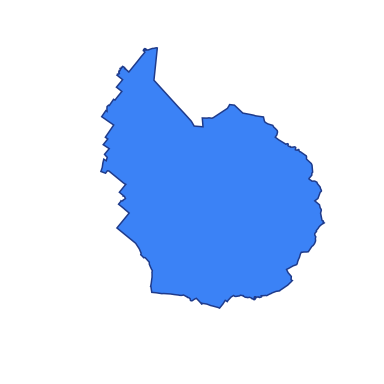 Demenes pag., Daugavpils, Latvia, rotated 219°
{"feature_id": "27541924B73785369996962", "entity_name": "Demenes pag.", "entity_type": "district", "adm_level": 2, "iso_a3": "LVA", "parent_name": "Latvia", "parent_adm1": "Daugavpils", "projection": "orthographic", "projection_center": [26.568, 55.742], "detail": "fine", "context": "isolated", "style": "filled", "palette": "blue", "viewbox_px": 384, "rotation_deg": 219, "n_neighbors": 0, "source": "geoboundaries", "source_scale": "gbopen_adm2", "svg_char_len": 5617}
<svg xmlns="http://www.w3.org/2000/svg" viewBox="0 0 384 384"><g transform="rotate(219 192 192)"><path d="M76.2,147.3L76.2,147.5L76.3,147.8L76.2,148.0L76.1,147.9L76.0,147.7L75.6,147.8L75.5,148.1L75.8,148.4L75.8,148.6L75.8,148.8L75.6,149.0L75.6,149.4L75.6,149.6L75.8,149.8L76.0,149.9L76.3,149.7L76.6,149.2L76.9,149.1L77.3,149.3L77.4,149.6L77.4,149.9L77.1,150.1L77.0,150.4L76.8,150.5L76.7,150.4L76.5,150.2L76.3,150.2L75.9,150.1L75.8,150.5L75.7,150.6L75.6,151.0L75.4,151.4L75.3,151.5L75.0,151.6L74.5,151.8L74.4,151.9L74.3,152.1L74.3,152.3L73.9,152.5L73.7,152.4L73.3,152.4L73.1,152.5L72.9,152.7L72.8,153.1L72.3,153.6L72.1,154.0L72.0,154.5L72.9,155.0L70.7,156.9L70.0,157.7L68.7,158.5L67.7,160.9L66.5,163.2L66.3,163.9L64.1,167.7L61.8,170.2L61.9,170.3L59.0,179.9L58.7,182.5L58.4,185.0L58.4,185.9L58.3,186.3L59.8,186.2L61.7,188.9L66.1,189.7L66.6,189.8L69.8,191.3L68.8,193.5L67.5,196.8L67.0,197.9L67.0,198.2L66.0,199.7L65.0,201.4L65.0,201.7L65.4,203.1L66.0,204.2L66.9,206.8L66.9,207.0L67.4,208.9L67.8,209.8L68.8,212.2L69.1,214.0L68.4,214.5L67.6,215.5L65.3,217.4L64.0,218.8L64.1,219.9L64.2,220.8L64.6,225.1L64.2,226.7L64.3,228.9L64.9,231.0L65.3,231.9L67.0,233.7L67.4,234.7L67.6,235.1L68.8,235.5L69.6,235.9L70.5,237.1L70.4,239.7L71.1,240.2L71.1,242.2L71.1,243.2L71.3,244.6L71.2,246.6L70.8,248.4L70.4,249.7L70.1,250.2L69.8,251.2L70.4,251.2L70.5,250.7L70.8,250.8L70.7,251.4L71.9,252.1L72.6,251.7L73.4,252.0L78.8,256.5L79.6,258.3L80.1,259.3L80.9,259.9L82.3,260.3L82.6,260.5L84.9,262.3L87.2,262.3L91.0,262.4L90.1,266.0L90.1,266.5L90.3,266.9L92.2,272.5L92.0,273.6L92.0,273.9L92.0,274.1L92.4,274.6L92.5,274.7L94.4,275.6L95.5,276.5L99.7,277.4L101.1,278.2L103.2,277.8L103.5,277.7L103.8,277.5L105.4,276.1L105.5,276.0L109.1,275.7L109.4,275.8L109.6,276.2L109.5,278.4L109.5,280.5L110.7,282.0L110.7,283.3L115.6,288.4L117.2,289.2L123.6,289.6L123.8,289.7L124.0,289.9L125.1,291.4L125.9,292.0L133.0,291.5L133.6,291.1L133.8,291.1L134.6,291.4L135.1,291.6L135.6,292.2L135.8,292.2L136.3,291.7L136.3,291.4L136.2,291.1L136.3,291.0L136.5,290.7L136.9,290.4L137.1,290.3L137.4,290.3L137.5,290.2L138.2,289.8L138.3,289.8L138.4,290.0L139.2,291.6L139.3,291.8L139.7,291.9L139.9,291.9L140.4,291.8L140.9,291.5L141.2,291.2L141.5,290.6L143.7,288.8L143.9,288.9L144.1,289.1L144.3,289.2L144.9,288.7L145.4,288.5L146.3,288.4L146.6,288.5L146.9,288.7L147.0,289.0L147.2,289.6L147.3,289.7L147.4,289.8L147.9,289.7L148.3,289.6L149.3,288.1L150.2,288.1L157.7,287.1L161.8,287.0L162.0,289.8L163.3,292.5L164.5,293.4L165.9,293.6L167.3,293.8L169.0,293.8L171.2,294.6L175.6,292.8L177.4,292.4L179.5,292.3L180.5,292.8L183.7,295.3L190.7,291.1L192.2,290.6L195.9,288.7L202.2,285.3L213.7,286.2L217.8,283.6L217.5,282.3L217.1,279.3L222.2,263.3L222.9,261.9L225.5,260.3L226.9,258.8L230.6,256.0L224.5,249.6L231.8,244.6L237.1,246.6L247.9,248.3L256.6,249.5L291.9,254.9L309.6,282.1L310.1,281.9L310.6,281.5L311.2,280.7L312.1,279.6L312.7,279.0L313.1,278.7L314.1,277.1L314.6,276.3L314.8,275.9L315.3,275.0L316.8,273.6L317.2,273.2L317.9,272.8L318.1,272.9L318.2,273.0L317.8,273.1L317.6,273.1L317.6,273.5L317.3,273.6L317.1,273.8L317.0,274.1L318.1,274.1L318.9,273.8L319.2,272.8L319.2,272.2L318.8,271.2L317.8,271.3L317.7,271.4L317.2,271.2L316.8,270.9L316.6,270.9L316.6,267.7L316.7,265.1L316.6,259.9L316.6,245.5L317.6,245.4L318.0,245.7L318.8,245.6L319.6,245.7L320.4,245.6L321.0,245.9L321.2,245.6L321.7,245.8L322.0,245.6L322.2,246.0L322.6,246.3L322.9,246.1L323.3,246.2L323.9,246.2L324.9,246.0L324.7,245.1L324.8,244.9L325.1,244.8L325.3,244.6L324.8,243.9L324.7,243.2L324.8,243.0L325.1,243.2L325.6,243.0L325.7,242.8L325.7,242.7L325.1,242.3L324.5,241.6L324.4,240.8L324.9,240.5L324.4,239.9L324.6,239.6L324.5,239.3L324.0,239.2L323.9,239.0L323.9,238.7L323.0,238.3L323.1,238.0L323.5,237.4L324.1,236.7L323.7,236.2L323.8,235.6L316.6,235.6L316.7,225.9L309.8,226.0L309.8,219.4L309.7,215.0L311.3,214.7L310.7,207.2L311.5,207.0L311.6,206.2L311.7,205.2L311.8,205.0L310.7,203.4L308.8,201.2L310.2,201.1L309.6,193.7L301.2,194.3L295.0,194.8L293.8,180.0L290.8,180.2L290.8,172.9L283.6,173.6L283.7,166.2L281.4,165.8L279.7,165.6L278.3,162.3L281.2,162.0L279.5,158.4L277.2,154.6L275.7,150.6L271.0,152.2L271.1,155.2L269.9,156.0L251.4,155.9L249.4,156.0L248.3,156.3L248.3,146.1L243.2,146.0L243.0,145.5L241.8,146.1L239.6,145.0L240.5,142.0L240.3,141.8L240.7,141.1L241.0,140.8L241.2,140.6L241.5,140.5L241.4,140.4L241.4,136.3L234.5,136.3L233.5,136.2L227.6,136.1L227.7,116.8L204.2,116.7L203.5,116.7L197.3,114.7L195.2,113.6L193.0,112.4L192.4,111.0L190.0,110.8L188.1,110.5L187.5,111.3L187.3,111.4L186.8,111.5L182.0,110.7L181.0,110.6L180.9,110.4L179.7,109.0L177.1,107.6L174.9,106.5L173.3,105.9L172.6,104.4L171.8,103.6L169.4,100.6L168.4,98.9L166.3,95.5L164.8,92.8L164.8,92.6L164.3,92.5L160.1,88.7L156.2,91.3L151.5,94.0L150.2,95.2L144.6,99.2L141.0,101.3L137.7,103.4L136.6,103.9L134.9,105.2L134.1,106.2L133.8,106.6L131.9,107.0L131.7,107.0L131.1,107.1L129.7,107.5L129.3,107.2L128.8,107.4L128.4,107.7L127.5,107.9L126.4,107.9L126.1,107.8L125.6,107.3L125.0,106.8L124.6,106.8L124.1,107.0L123.5,107.5L123.2,108.3L122.9,109.5L122.2,111.2L121.7,112.1L118.2,111.7L116.1,111.4L113.9,111.0L113.8,111.3L114.2,111.4L114.3,111.8L114.2,111.8L113.3,112.2L113.2,112.3L112.7,112.7L109.8,114.3L108.0,114.9L105.8,115.6L104.9,116.1L99.0,118.7L97.5,119.1L97.5,121.4L97.5,124.5L98.0,128.7L97.6,128.8L95.6,129.0L95.8,130.3L95.5,135.1L94.5,137.8L93.3,137.8L93.0,137.9L92.2,138.4L89.6,141.3L89.5,142.2L89.0,142.5L87.4,143.4L87.0,143.7L86.5,143.3L85.9,143.6L84.9,143.6L83.5,144.2L83.2,144.7L82.3,144.9L81.0,146.4L79.3,146.9L78.6,146.9L78.1,146.8L77.6,147.3L77.3,147.4L77.0,147.4L76.9,147.2L76.7,147.2L76.2,147.3Z" fill="#3b82f6" stroke="#1e3a8a" stroke-width="1.5"/></g></svg>